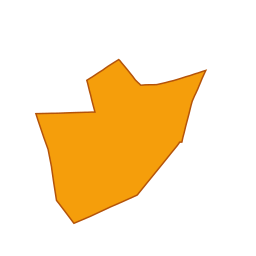 Peregu Mare, Arad, Romania, rotated 337°
{"feature_id": "2599482B68506151114116", "entity_name": "Peregu Mare", "entity_type": "district", "adm_level": 2, "iso_a3": "ROU", "parent_name": "Romania", "parent_adm1": "Arad", "projection": "equal_earth", "projection_center": [20.934, 46.249], "detail": "fine", "context": "isolated", "style": "filled", "palette": "amber", "viewbox_px": 256, "rotation_deg": 337, "n_neighbors": 0, "source": "geoboundaries", "source_scale": "gbopen_adm2", "svg_char_len": 1551}
<svg xmlns="http://www.w3.org/2000/svg" viewBox="0 0 256 256"><g transform="rotate(337 128 128)"><path d="M110.3,193.3L111.3,192.8L112.5,192.1L114.6,191.0L125.3,185.3L139.5,177.8L148.9,172.8L158.0,167.9L163.7,164.9L166.0,163.7L169.5,161.6L169.9,161.2L172.1,162.0L175.0,157.9L177.9,154.2L181.5,149.3L189.5,139.0L194.8,131.9L197.6,128.4L201.9,124.3L204.0,122.5L205.4,121.2L207.3,119.5L208.6,118.2L212.9,114.0L215.7,111.2L218.0,109.1L221.2,106.2L222.1,105.4L219.4,105.1L216.7,104.9L213.8,104.7L211.5,104.4L208.9,104.2L205.7,104.0L201.1,103.4L197.4,103.1L192.4,102.6L188.1,102.1L184.0,101.4L180.3,100.9L175.8,100.1L171.4,99.3L167.8,97.9L164.5,96.5L161.2,95.2L160.4,94.9L157.9,94.1L156.4,93.5L155.8,91.9L154.9,90.0L153.5,86.6L152.5,82.3L151.4,78.5L150.3,74.5L149.9,73.1L149.0,70.1L147.6,65.6L146.9,63.0L146.2,61.4L143.5,61.8L140.9,62.2L137.3,62.8L133.7,63.4L129.9,64.2L127.5,64.8L126.2,65.0L122.4,65.6L118.7,66.3L115.1,67.0L112.9,67.3L108.7,68.0L108.3,71.3L107.6,75.4L106.9,79.8L106.5,82.9L105.7,87.4L105.1,91.3L104.6,94.8L104.1,98.4L103.8,100.4L102.7,100.0L100.6,99.1L97.1,97.8L95.5,97.1L92.1,95.8L88.8,94.5L85.5,93.2L82.1,91.9L78.7,90.6L75.3,89.3L70.0,87.3L66.5,85.9L62.9,84.4L59.3,83.0L55.1,81.3L52.8,80.4L48.8,78.8L48.7,80.1L48.5,82.2L48.2,85.4L46.8,103.6L46.1,116.4L42.4,133.9L41.9,135.6L38.3,149.2L33.9,166.7L34.0,166.9L34.1,167.2L34.1,167.6L34.8,170.0L38.2,183.4L40.3,191.9L40.8,193.9L41.0,194.6L43.2,194.6L44.0,194.6L56.0,194.6L59.0,194.6L67.1,194.3L80.7,193.8L93.8,193.7L110.3,193.3Z" fill="#f59e0b" stroke="#b45309" stroke-width="1.5"/></g></svg>